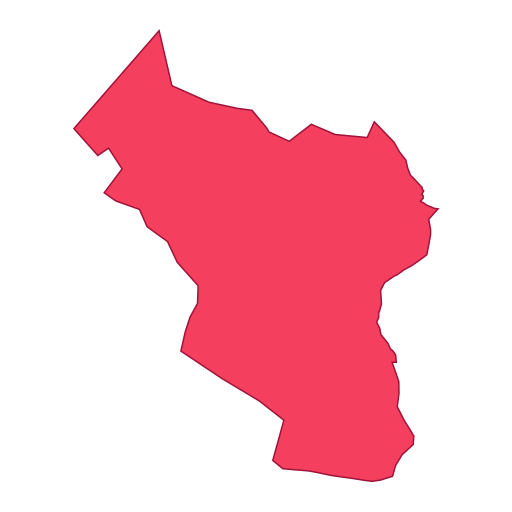 Nafada, Gombe, Nigeria
{"feature_id": "59680162B63392407575553", "entity_name": "Nafada", "entity_type": "district", "adm_level": 2, "iso_a3": "NGA", "parent_name": "Nigeria", "parent_adm1": "Gombe", "projection": "mercator", "projection_center": [11.284, 11.038], "detail": "fine", "context": "isolated", "style": "filled", "palette": "rose", "viewbox_px": 512, "rotation_deg": 0, "n_neighbors": 0, "source": "geoboundaries", "source_scale": "gbopen_adm2", "svg_char_len": 1795}
<svg xmlns="http://www.w3.org/2000/svg" viewBox="0 0 512 512"><path d="M73.9,128.6L97.8,155.5L108.6,148.2L122.1,168.9L104.2,192.8L115.7,200.9L139.5,209.4L147.1,226.7L156.5,233.6L167.5,241.5L177.3,262.4L198.1,285.7L198.0,290.4L197.5,303.4L190.0,317.2L185.2,332.0L180.9,351.0L181.2,351.2L181.2,351.3L215.9,374.5L222.2,378.7L232.4,384.8L259.2,400.9L283.9,420.2L272.8,460.3L272.8,460.5L282.8,468.7L295.1,469.8L301.4,470.3L308.5,470.9L317.9,472.6L318.3,472.7L330.9,475.4L339.1,476.6L347.4,477.7L350.4,478.1L364.9,480.4L371.9,481.3L372.2,481.3L380.9,480.0L385.7,478.4L392.3,476.4L392.6,476.1L395.6,465.4L402.2,454.6L413.2,444.5L413.8,435.9L412.6,434.1L411.7,432.5L408.6,427.4L405.7,422.8L403.6,419.2L399.5,411.1L397.2,406.6L397.9,401.9L399.0,393.2L398.9,390.3L398.9,389.9L398.9,387.0L398.8,382.5L398.8,381.6L398.7,381.3L396.7,375.4L393.5,366.2L392.1,362.2L396.3,362.3L395.6,354.8L392.8,350.8L390.3,348.7L388.1,343.6L380.9,334.5L379.7,328.1L376.7,322.4L378.7,317.4L378.7,313.7L378.7,312.4L378.9,312.4L379.5,311.2L380.0,309.4L381.5,303.6L381.4,302.7L380.6,290.6L382.3,287.1L384.6,282.6L384.8,282.5L394.2,276.1L396.8,275.0L404.4,269.6L411.6,265.7L418.3,261.1L426.8,254.8L428.3,247.2L430.6,234.7L430.6,229.6L428.7,219.3L437.8,209.1L438.1,208.9L437.7,208.8L434.2,208.3L430.9,206.9L426.5,205.1L423.7,202.9L420.3,201.4L420.6,200.9L421.6,200.1L422.0,199.3L422.7,198.6L423.1,198.5L423.0,197.5L423.3,196.6L423.1,196.1L423.0,195.5L421.7,194.5L423.4,191.5L423.7,190.8L423.2,190.3L422.4,189.4L422.1,187.4L418.1,183.2L414.9,179.7L410.4,175.1L407.8,168.4L405.8,160.0L399.7,152.2L394.0,142.2L374.3,121.8L367.2,137.5L365.7,137.4L335.2,134.5L311.3,124.3L289.2,141.3L268.9,131.9L266.4,127.6L252.0,110.3L237.1,108.3L209.2,102.3L171.9,85.7L159.1,30.7L73.9,128.6Z" fill="#f43f5e" stroke="#9f1239" stroke-width="1.5"/></svg>